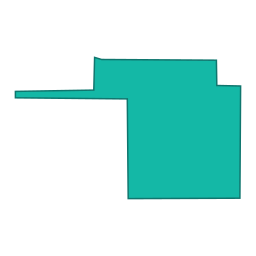 Tom Green, Texas, United States of America
{"feature_id": "52423323B87640997786605", "entity_name": "Tom Green", "entity_type": "district", "adm_level": 2, "iso_a3": "USA", "parent_name": "United States of America", "parent_adm1": "Texas", "projection": "mercator", "projection_center": [-100.612, 31.396], "detail": "fine", "context": "isolated", "style": "filled", "palette": "teal", "viewbox_px": 256, "rotation_deg": 0, "n_neighbors": 0, "source": "geoboundaries", "source_scale": "gbopen_adm2", "svg_char_len": 274}
<svg xmlns="http://www.w3.org/2000/svg" viewBox="0 0 256 256"><path d="M240.6,86.0L216.8,85.5L216.4,60.2L101.6,59.5L94.6,57.4L93.8,90.1L15.4,91.4L15.4,97.8L127.3,98.9L128.2,198.6L129.5,198.6L239.9,198.2L240.6,86.0Z" fill="#14b8a6" stroke="#0f766e" stroke-width="1.5"/></svg>